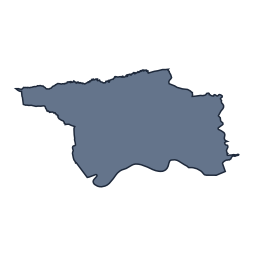 the district of Tan Thanh, Bà Rịa - Vũng Tàu, Vietnam, rotated 264°
{"feature_id": "81297802B41485876419304", "entity_name": "Tan Thanh", "entity_type": "district", "adm_level": 2, "iso_a3": "VNM", "parent_name": "Vietnam", "parent_adm1": "Bà Rịa - Vũng Tàu", "projection": "equal_earth", "projection_center": [107.136, 10.589], "detail": "fine", "context": "isolated", "style": "filled", "palette": "slate", "viewbox_px": 256, "rotation_deg": 264, "n_neighbors": 0, "source": "geoboundaries", "source_scale": "gbopen_adm2", "svg_char_len": 5837}
<svg xmlns="http://www.w3.org/2000/svg" viewBox="0 0 256 256"><g transform="rotate(264 128 128)"><path d="M182.6,153.5L183.0,152.1L183.3,152.1L183.1,152.7L183.2,152.9L183.7,152.3L183.6,151.8L183.8,151.0L183.6,150.3L183.2,150.0L183.2,149.0L183.5,148.8L184.1,149.2L184.2,148.9L183.8,148.0L183.6,146.2L183.4,146.1L183.0,146.4L183.0,145.6L182.5,145.3L182.2,144.8L182.2,144.5L182.8,144.3L183.2,143.2L182.6,143.8L182.3,143.9L182.3,142.8L181.8,142.2L181.7,141.5L181.3,140.8L181.3,140.6L181.9,140.8L181.7,140.2L181.8,139.8L181.9,139.7L182.4,139.9L182.5,139.4L181.9,139.0L181.9,138.3L181.5,138.1L181.2,136.7L180.4,136.6L180.4,136.3L180.7,135.9L181.1,135.9L181.3,135.2L181.0,134.6L181.1,134.0L180.9,132.5L180.8,132.2L180.5,132.2L180.3,132.9L180.1,133.1L179.9,133.0L180.1,132.4L179.4,132.6L179.3,132.3L179.9,132.0L180.0,131.3L179.9,131.0L179.0,130.1L179.2,127.6L179.5,127.7L179.6,128.6L179.9,128.5L180.1,128.1L179.5,126.4L179.9,125.6L179.7,123.3L180.4,121.1L180.4,120.3L180.2,120.1L179.5,120.2L179.2,119.4L178.5,118.5L178.0,118.3L178.1,117.5L177.9,117.0L177.9,116.3L177.4,115.3L177.4,114.5L176.8,114.6L176.6,113.9L176.4,113.7L176.0,114.3L175.7,114.2L175.6,113.7L175.8,113.5L176.8,113.1L176.4,112.8L176.5,112.6L176.8,112.5L176.7,111.7L176.8,111.0L176.6,110.8L175.9,110.7L175.3,109.9L175.5,109.1L175.4,108.1L176.2,107.3L176.8,105.6L177.6,105.2L177.9,104.6L178.6,104.6L178.3,103.3L178.3,102.6L178.7,102.4L179.2,102.7L179.9,102.8L179.9,102.5L179.4,102.0L179.6,101.8L180.0,101.8L180.0,100.7L179.5,100.1L179.4,99.3L179.6,98.3L180.2,98.5L180.1,97.3L179.6,97.6L179.1,97.0L179.2,96.2L178.6,95.6L178.7,94.9L178.0,94.8L178.1,94.2L177.6,93.8L178.1,93.5L178.1,93.3L177.3,92.0L176.3,89.6L177.4,87.6L177.3,87.3L176.9,87.4L176.9,87.2L177.5,86.6L177.5,85.8L178.0,85.6L178.1,85.3L178.1,84.7L177.8,84.3L178.7,83.4L178.3,83.2L178.8,82.5L178.5,82.3L178.7,81.6L178.1,81.6L178.0,81.2L178.4,81.0L178.8,81.2L179.1,80.7L179.2,80.1L179.6,79.6L180.1,79.5L180.1,78.9L180.3,78.8L180.0,78.5L179.8,79.0L179.2,77.4L179.3,77.0L179.8,76.7L179.8,76.0L180.1,75.9L180.0,75.7L179.7,75.7L180.1,75.0L180.0,74.7L179.7,74.8L180.1,74.1L180.1,73.8L179.9,73.5L180.1,72.6L179.4,72.5L179.2,71.6L178.8,71.0L178.8,70.3L178.5,69.4L178.6,69.0L178.8,69.2L178.7,68.3L178.9,67.3L178.6,66.3L179.2,64.8L179.3,63.9L179.6,62.9L179.2,61.9L178.8,61.4L178.6,60.4L177.9,59.7L177.2,57.4L175.7,55.8L175.5,54.5L175.1,54.0L175.1,53.6L175.4,51.1L175.8,50.5L176.9,49.8L178.2,48.1L178.7,47.9L178.7,46.9L179.4,45.2L179.3,43.3L179.5,42.5L179.0,41.6L178.8,40.5L179.0,39.3L178.8,37.5L178.5,36.6L178.6,35.5L178.3,34.5L178.5,34.1L178.8,32.5L178.6,32.1L178.9,31.8L178.8,30.7L179.1,30.1L179.0,29.3L179.3,28.6L177.6,26.4L177.9,24.8L178.6,23.1L178.8,20.6L177.2,22.2L176.2,23.6L175.8,24.4L175.6,25.9L170.7,25.9L169.6,26.2L162.4,26.4L161.4,28.6L161.3,30.0L160.8,31.7L160.7,34.2L159.1,38.8L159.2,40.7L158.8,43.6L158.9,46.3L158.5,47.3L158.0,47.8L156.0,48.2L155.4,48.7L153.3,49.3L153.2,49.7L153.3,50.2L152.8,50.4L152.8,50.8L152.6,50.9L152.2,52.0L151.8,51.9L151.8,54.6L151.2,55.5L150.8,55.6L150.9,56.8L150.8,57.1L150.5,57.2L150.0,57.1L149.6,57.9L148.8,58.0L148.3,59.1L147.9,59.6L147.3,59.3L146.9,59.7L145.7,59.6L145.3,60.0L144.6,60.2L142.6,62.7L141.9,64.2L140.2,65.2L139.4,65.1L138.6,66.0L138.0,65.9L138.0,66.6L138.1,67.5L137.9,69.7L136.6,71.7L135.0,75.2L133.5,74.3L132.0,74.1L126.8,73.8L123.4,73.9L121.8,73.6L118.8,74.0L116.6,74.0L116.0,73.2L115.8,71.7L115.2,71.1L114.5,70.8L113.3,70.8L111.2,71.2L109.9,70.5L108.6,70.1L104.0,70.5L102.0,70.9L100.0,72.0L98.7,72.2L98.9,72.9L83.1,82.3L83.3,84.3L85.0,90.8L85.0,91.5L84.7,92.0L84.0,92.2L83.1,91.8L80.5,88.9L79.5,88.1L78.3,87.7L77.0,87.9L75.5,88.7L73.7,91.1L73.1,92.2L72.6,93.7L72.3,95.7L72.7,99.1L73.5,101.4L74.9,103.6L79.0,107.9L82.6,111.1L84.3,112.8L86.0,115.3L86.9,117.3L88.0,122.1L90.6,127.9L91.2,129.7L91.4,131.7L91.0,134.4L90.1,137.3L87.1,143.3L84.1,148.2L82.7,151.1L81.9,153.6L81.5,155.4L81.4,157.1L81.4,158.1L82.0,160.1L82.5,161.1L83.9,162.7L86.0,164.0L88.5,164.9L90.8,166.0L91.5,167.2L91.6,168.0L91.5,171.2L90.7,173.5L89.6,175.2L85.5,180.4L84.1,182.5L82.3,184.2L81.9,187.7L81.6,188.9L80.2,192.4L77.8,195.8L76.5,197.0L74.3,198.5L73.5,199.2L73.3,199.8L72.9,201.0L71.8,210.9L74.6,220.2L82.3,218.4L82.9,218.3L83.6,218.6L84.4,219.5L85.2,220.8L85.8,222.5L85.7,224.0L85.9,224.7L85.7,225.6L86.3,226.4L86.5,227.0L88.0,227.8L88.9,228.9L89.2,230.0L88.7,231.4L89.1,232.6L89.4,234.9L89.6,235.2L89.9,235.4L90.1,235.3L90.3,234.5L90.3,234.1L89.9,232.8L90.5,230.2L90.3,228.1L90.4,226.1L90.3,224.8L90.4,224.2L90.6,223.9L91.8,223.8L92.2,224.6L92.9,224.0L93.6,223.7L95.6,223.6L98.4,225.3L99.5,225.4L100.4,225.1L100.5,224.5L101.1,223.3L101.7,222.9L103.1,222.5L103.4,222.6L104.0,223.6L104.2,224.4L104.3,225.4L105.3,223.7L106.3,222.9L107.8,222.7L110.6,223.5L111.5,223.6L112.8,223.3L113.7,222.6L115.6,220.3L117.1,217.9L117.7,217.5L118.6,217.7L118.9,218.1L121.3,222.3L121.9,222.9L123.2,222.8L124.6,221.4L125.5,220.9L128.6,220.8L130.5,219.2L130.8,219.2L135.1,222.2L137.4,224.5L138.8,225.3L140.1,225.4L140.7,225.3L141.9,224.7L143.1,223.8L144.6,223.6L145.6,223.9L147.1,223.0L147.5,223.0L148.0,223.4L148.9,224.8L149.9,225.1L150.1,225.0L151.1,223.9L151.6,222.8L151.7,222.4L151.6,221.9L150.6,220.7L150.5,220.2L150.8,219.4L151.7,218.5L152.1,217.5L151.9,216.9L150.9,216.5L151.0,215.5L151.5,214.1L152.6,212.9L152.7,212.3L153.6,212.4L154.1,212.0L154.3,211.5L154.1,209.7L153.6,209.5L153.0,208.9L152.5,207.6L152.5,206.6L152.3,206.1L152.8,203.5L152.6,198.2L152.7,195.2L154.4,195.7L155.6,195.6L156.5,195.7L156.5,195.4L158.3,193.9L160.1,191.3L161.2,186.3L163.3,181.0L165.0,178.8L167.7,173.6L168.9,173.4L169.8,173.4L171.3,174.4L172.2,175.5L173.5,176.6L176.3,176.1L179.0,174.9L180.0,174.9L181.2,173.8L181.7,173.8L182.2,174.3L182.2,171.4L182.5,168.4L181.8,163.5L181.6,160.0L180.5,153.9L180.9,153.7L181.3,153.8L181.9,153.5L182.2,153.7L182.3,153.2L182.6,153.5Z" fill="#64748b" stroke="#1e293b" stroke-width="1.5"/></g></svg>